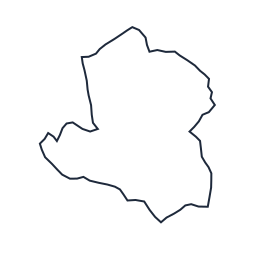 Paiva, Minas Gerais, Brazil, rotated 80°
{"feature_id": "56859067B60855935518046", "entity_name": "Paiva", "entity_type": "district", "adm_level": 2, "iso_a3": "BRA", "parent_name": "Brazil", "parent_adm1": "Minas Gerais", "projection": "albers", "projection_center": [-43.423, -21.293], "detail": "fine", "context": "isolated", "style": "outline", "palette": "slate", "viewbox_px": 256, "rotation_deg": 80, "n_neighbors": 0, "source": "geoboundaries", "source_scale": "gbopen_adm2", "svg_char_len": 1180}
<svg xmlns="http://www.w3.org/2000/svg" viewBox="0 0 256 256"><g transform="rotate(80 128 128)"><path d="M226.6,111.9L222.9,105.6L220.3,97.5L217.6,90.7L214.2,85.0L214.0,79.0L217.6,72.2L219.4,63.1L210.1,59.7L201.1,56.5L194.2,55.1L187.1,53.8L180.5,55.5L175.3,58.0L169.1,60.3L160.2,59.7L153.2,59.3L148.4,62.6L142.2,68.0L138.4,62.6L133.8,57.1L127.9,52.3L126.4,45.6L120.4,38.5L113.2,41.6L107.3,39.1L101.2,42.0L93.7,39.7L88.6,43.2L84.2,47.1L78.1,51.2L71.4,58.0L65.5,64.5L60.9,68.6L59.6,77.6L56.3,85.6L56.6,93.6L49.5,94.9L42.0,95.0L33.4,100.1L29.4,106.3L31.9,112.3L34.5,118.0L37.8,125.5L41.8,135.6L45.3,142.1L49.2,146.6L51.0,154.4L50.1,161.2L56.6,161.4L63.6,160.8L74.3,160.4L83.0,161.1L89.0,161.1L99.1,160.4L108.7,161.4L116.8,161.6L123.7,157.9L124.9,165.9L121.0,173.0L116.8,177.4L112.9,181.5L112.9,187.7L116.8,192.5L123.1,196.3L128.5,200.3L123.6,202.8L119.1,207.5L124.3,212.0L128.1,217.5L134.2,216.7L142.4,214.7L150.0,209.2L156.8,204.8L162.5,200.9L167.8,194.0L169.0,187.0L168.4,180.4L173.2,174.8L176.9,166.3L180.1,158.1L183.5,151.1L187.1,146.6L192.4,144.1L199.3,141.1L200.2,133.1L203.2,124.8L212.5,120.9L220.2,116.8L226.6,111.9Z" fill="none" stroke="#1e293b" stroke-width="2"/></g></svg>